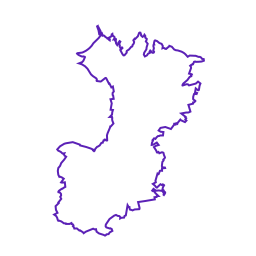 outline of Miercurea Nirajului, Mures, Romania, rotated 264°
{"feature_id": "2599482B57064602938407", "entity_name": "Miercurea Nirajului", "entity_type": "district", "adm_level": 2, "iso_a3": "ROU", "parent_name": "Romania", "parent_adm1": "Mures", "projection": "mercator", "projection_center": [24.768, 46.543], "detail": "fine", "context": "isolated", "style": "outline", "palette": "violet", "viewbox_px": 256, "rotation_deg": 264, "n_neighbors": 0, "source": "geoboundaries", "source_scale": "gbopen_adm2", "svg_char_len": 5886}
<svg xmlns="http://www.w3.org/2000/svg" viewBox="0 0 256 256"><g transform="rotate(264 128 128)"><path d="M219.0,154.1L218.0,153.5L217.1,152.0L218.6,150.7L219.0,150.9L221.5,150.3L221.7,149.6L221.4,149.0L218.2,147.4L215.7,144.3L216.1,143.9L214.7,142.5L212.9,143.1L211.3,142.5L210.0,141.2L209.1,141.0L208.5,140.4L208.4,139.7L206.0,137.2L204.8,134.9L204.3,134.6L203.1,134.6L200.7,132.1L200.7,131.1L201.9,130.3L206.3,128.5L206.5,129.1L207.0,129.4L208.0,130.8L208.6,130.7L208.8,130.4L208.3,128.8L209.9,128.2L210.8,128.5L212.6,128.1L214.7,129.4L215.3,128.7L213.8,127.4L212.6,127.0L211.5,126.0L213.3,125.0L214.1,124.9L214.6,125.2L216.3,124.3L216.9,125.3L217.7,125.2L217.6,123.1L218.9,124.1L219.8,124.1L221.1,123.0L221.4,122.4L223.2,122.3L222.8,121.6L221.8,121.8L221.6,121.4L221.1,121.6L219.8,118.4L218.1,119.2L217.1,119.0L217.6,118.4L218.8,117.7L219.0,116.9L220.0,116.3L220.8,115.1L222.2,114.1L222.5,113.5L222.4,112.6L225.5,111.8L225.7,110.8L226.2,110.2L227.2,110.8L231.5,109.1L231.9,108.6L232.6,108.6L232.3,107.9L228.1,108.9L224.2,109.2L224.0,110.2L222.9,111.0L222.3,109.9L220.5,108.2L215.9,102.4L213.6,100.5L211.6,98.2L210.3,96.2L209.2,94.2L208.1,91.4L207.8,90.2L207.7,85.5L207.4,85.1L206.7,85.5L205.6,86.8L204.0,89.4L203.8,90.1L203.9,91.0L203.3,92.5L203.0,92.6L199.6,90.7L198.3,89.3L197.4,86.0L196.2,88.7L194.0,91.6L191.2,93.9L185.2,96.8L183.3,98.5L180.7,101.6L179.7,102.1L178.3,101.7L178.0,101.9L177.1,105.5L177.2,106.1L180.1,110.7L180.1,111.1L179.8,111.5L174.0,113.7L174.2,114.2L170.1,115.7L170.8,117.3L165.8,117.7L164.5,116.4L163.0,116.2L162.4,116.2L161.9,116.6L158.5,116.8L158.4,113.6L154.2,114.4L148.0,112.6L147.5,114.9L145.4,114.0L143.0,113.5L140.9,111.0L140.7,113.1L140.1,113.0L139.7,113.4L138.0,113.1L136.9,113.2L134.0,114.0L131.4,111.1L131.4,110.5L130.4,110.2L124.8,107.1L122.9,106.3L117.9,106.0L117.7,105.7L118.3,104.3L118.7,104.2L119.0,103.8L118.9,103.4L118.2,103.0L118.2,102.5L117.7,102.4L117.5,102.0L116.0,101.3L116.1,100.6L115.9,99.9L113.6,98.0L112.7,96.1L112.5,95.3L110.7,93.3L108.8,92.3L108.5,91.8L109.4,90.9L110.0,91.3L111.4,89.0L113.5,84.4L115.7,78.5L116.5,78.4L119.7,71.6L119.3,64.8L119.0,63.0L116.9,58.5L114.1,55.4L112.9,56.1L111.3,58.6L109.4,60.3L109.5,62.1L108.5,61.5L107.2,62.0L105.9,63.5L103.2,61.2L100.1,57.9L97.4,56.5L95.5,54.5L92.6,53.7L88.8,53.8L86.6,54.6L86.8,55.1L85.8,57.0L84.3,58.8L80.9,55.8L80.6,56.5L80.5,57.6L80.6,59.5L76.0,59.5L75.1,57.4L74.4,56.4L74.5,55.9L74.0,54.9L72.8,52.8L72.0,52.1L71.4,52.1L70.9,53.6L69.4,54.5L67.8,54.4L66.6,53.4L64.5,54.2L61.2,50.9L60.6,51.3L57.8,47.8L54.1,47.8L51.0,49.0L49.6,45.5L47.9,47.4L46.0,48.2L44.0,48.5L43.0,49.0L43.1,49.7L42.0,52.0L39.9,54.3L39.6,56.2L39.1,56.3L38.7,59.8L39.4,61.8L38.3,62.0L38.1,62.9L36.9,63.6L36.6,63.6L36.0,63.0L34.9,63.8L33.6,64.1L33.5,66.6L31.1,68.9L31.0,69.2L31.3,69.2L31.3,69.5L28.9,72.4L28.0,72.9L29.3,75.2L31.5,82.8L30.6,84.3L30.7,85.6L28.2,85.9L26.2,88.1L24.2,92.7L23.4,93.9L23.8,94.8L24.5,95.5L24.5,97.6L26.1,98.9L27.3,101.7L29.3,101.2L30.1,99.9L29.9,99.5L31.4,96.1L32.4,95.5L33.9,95.7L34.6,96.1L39.4,100.1L42.3,105.1L42.8,107.0L41.7,108.5L41.4,109.9L41.1,110.4L40.1,111.0L38.9,110.8L39.4,112.0L39.3,114.7L40.9,115.4L41.3,116.7L51.3,119.5L49.3,120.4L49.2,121.2L47.5,121.2L46.5,121.6L46.2,122.9L45.6,123.9L46.3,126.1L46.1,130.7L46.4,131.0L47.7,131.1L53.3,130.3L53.6,137.7L54.2,147.2L56.4,147.1L56.4,149.1L56.9,149.1L57.3,149.7L57.2,151.1L60.4,148.4L62.0,147.6L62.4,147.1L62.5,146.3L63.2,145.5L64.8,147.0L62.7,149.4L62.7,152.0L61.8,155.6L59.8,156.6L58.9,156.8L57.9,156.4L57.6,156.7L58.5,157.5L59.6,158.2L60.2,158.2L61.1,157.3L62.5,156.8L63.2,155.8L65.5,156.6L67.3,157.9L67.7,157.6L68.3,156.7L67.7,155.7L68.7,154.4L65.7,150.5L66.6,149.4L67.6,149.0L69.8,146.9L71.1,150.0L72.7,149.8L79.4,152.5L78.7,153.0L78.9,153.6L82.1,155.3L82.2,155.8L81.9,157.4L84.3,157.6L84.3,160.7L84.8,160.6L85.3,158.1L86.6,157.7L90.6,158.6L92.0,160.0L92.9,159.8L94.0,161.2L94.9,161.7L97.5,160.9L99.5,160.7L100.1,160.0L100.3,159.1L99.6,156.5L101.0,155.8L100.5,154.5L100.7,154.2L102.6,153.7L106.3,151.8L107.3,153.7L107.9,156.7L110.5,155.1L108.8,151.4L108.7,149.8L110.8,150.3L113.0,151.6L113.4,151.2L115.0,152.9L114.3,154.1L115.8,155.5L116.8,156.9L116.8,158.2L117.2,159.2L116.9,162.0L120.3,162.8L120.9,160.0L122.3,158.2L124.7,160.3L125.1,165.2L122.5,170.6L126.6,174.3L127.4,174.4L127.4,174.7L126.4,175.2L126.4,175.8L127.7,176.5L127.0,177.5L127.9,177.9L130.9,180.9L130.2,181.4L127.9,185.3L129.3,186.9L130.4,185.9L131.6,186.9L132.5,186.1L133.0,186.5L136.9,182.5L137.3,187.4L137.1,189.8L137.8,191.8L144.7,190.5L145.4,195.2L146.6,195.4L146.6,196.4L147.7,197.8L148.0,197.8L149.1,196.4L150.0,195.8L152.2,196.1L154.9,197.2L155.1,197.5L154.8,198.5L155.3,198.9L154.7,199.8L155.6,200.3L156.4,198.4L160.3,199.5L158.3,201.5L158.2,202.1L158.5,202.5L162.6,203.6L164.7,204.7L166.8,202.5L165.1,200.1L164.0,193.1L165.2,192.1L165.4,190.6L164.6,187.1L164.6,186.7L164.9,186.6L166.4,187.6L169.5,192.1L172.3,194.6L172.9,196.3L174.1,196.1L174.4,196.4L174.5,197.1L174.8,197.0L175.7,194.4L181.1,197.0L182.2,197.0L183.4,196.3L184.1,197.4L184.0,197.9L184.9,198.8L184.7,199.4L186.9,200.6L187.1,201.7L186.7,202.3L186.5,205.0L186.4,207.8L186.6,209.0L187.0,210.5L188.6,210.5L189.0,208.9L190.4,208.1L191.2,207.0L191.4,205.5L192.7,202.9L193.6,196.9L192.6,194.8L195.5,192.7L196.9,191.3L198.3,189.3L199.9,185.7L200.4,183.6L201.3,182.1L204.2,180.1L205.4,177.7L204.6,177.2L203.9,175.9L203.3,175.3L203.2,174.6L202.7,174.3L202.8,173.3L203.7,172.4L203.9,171.4L203.7,170.6L205.9,171.2L208.2,170.2L209.2,168.1L211.4,166.0L212.3,164.1L211.9,163.5L210.3,162.9L209.2,162.6L208.3,162.8L208.3,162.4L207.9,162.0L206.6,161.8L204.7,162.1L202.3,161.2L201.1,161.9L200.4,161.6L200.1,160.7L200.9,159.2L201.8,159.0L202.7,158.2L201.7,157.4L200.4,157.5L199.8,155.7L198.3,154.5L197.4,152.3L199.3,151.4L201.2,152.0L204.3,154.5L206.5,155.0L209.7,156.4L212.3,154.8L213.7,155.7L214.6,156.0L216.1,154.6L217.8,154.8L219.0,154.1Z" fill="none" stroke="#5b21b6" stroke-width="2"/></g></svg>